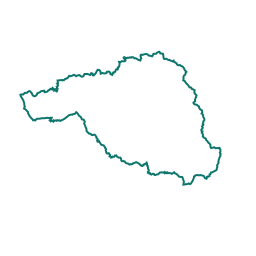 outline of Ban Ta Khun, Surat Thani, Thailand, rotated 149°
{"feature_id": "78962969B58743174421215", "entity_name": "Ban Ta Khun", "entity_type": "district", "adm_level": 2, "iso_a3": "THA", "parent_name": "Thailand", "parent_adm1": "Surat Thani", "projection": "albers", "projection_center": [98.73, 9.118], "detail": "fine", "context": "isolated", "style": "outline", "palette": "teal", "viewbox_px": 256, "rotation_deg": 149, "n_neighbors": 0, "source": "geoboundaries", "source_scale": "gbopen_adm2", "svg_char_len": 5839}
<svg xmlns="http://www.w3.org/2000/svg" viewBox="0 0 256 256"><g transform="rotate(149 128 128)"><path d="M109.7,50.9L105.4,49.2L104.6,49.3L103.8,48.0L103.0,47.9L100.0,49.3L97.4,51.2L96.5,52.3L96.0,52.1L95.8,52.4L94.5,52.7L92.6,51.9L91.8,51.0L90.1,50.3L88.0,48.2L87.7,47.7L87.9,45.4L86.9,44.1L86.3,44.4L85.5,45.5L84.9,45.5L84.2,44.9L82.8,44.9L82.0,46.2L81.0,46.1L79.8,47.1L78.6,46.6L73.8,46.4L72.9,47.2L72.6,47.8L71.4,48.6L70.9,50.1L68.1,51.7L67.7,52.8L66.6,54.0L64.3,55.9L63.1,56.5L62.7,57.7L61.9,58.1L62.0,59.5L60.8,60.4L60.0,61.7L59.9,62.6L60.3,63.3L59.9,63.9L63.3,65.5L64.0,67.1L65.3,67.3L67.1,68.1L67.0,69.4L66.1,70.9L66.1,72.8L66.7,73.8L66.7,75.8L67.1,77.0L67.1,78.3L66.8,78.8L68.1,81.2L68.2,82.3L67.7,82.8L67.0,84.5L66.9,85.4L67.2,85.9L65.9,86.7L66.5,87.6L66.2,88.6L65.6,89.0L64.5,89.1L63.7,89.9L63.8,91.2L61.8,91.9L62.0,92.8L61.1,93.3L60.1,94.9L58.8,95.2L58.0,96.1L57.8,98.2L57.5,99.5L57.0,100.4L57.0,101.3L57.5,102.5L56.2,103.2L55.6,104.8L55.9,106.0L56.4,106.5L56.7,108.2L56.5,109.0L56.1,109.5L56.2,110.4L56.8,111.2L56.9,112.3L58.9,114.2L59.0,115.9L58.7,116.1L56.6,116.4L56.1,117.6L52.5,120.6L52.4,121.1L52.9,122.2L53.0,123.6L52.6,124.6L51.4,126.1L52.6,128.0L53.2,128.6L53.0,129.9L53.9,131.0L54.3,131.2L54.4,133.9L55.2,136.9L55.1,138.7L56.1,140.5L55.0,141.5L54.6,142.7L53.1,144.1L51.7,144.2L50.3,145.2L50.1,145.7L49.1,145.9L48.9,146.3L49.4,147.6L49.5,149.1L49.2,150.3L49.6,152.7L50.5,153.7L51.1,155.3L52.4,155.7L53.0,156.4L53.3,157.5L53.0,158.4L53.5,159.1L53.6,159.8L54.5,160.8L54.2,162.3L55.7,162.3L56.1,163.1L56.9,163.8L57.5,165.1L58.4,165.6L59.7,167.8L61.4,168.4L61.5,169.4L59.8,173.4L60.3,173.8L60.5,174.4L61.9,175.2L61.8,177.1L62.7,177.5L64.3,177.6L65.7,177.2L68.0,178.4L69.7,177.3L70.5,177.0L71.9,178.6L72.8,179.3L73.4,181.0L74.0,181.9L76.2,182.9L78.0,183.2L79.1,184.1L79.6,184.0L80.3,183.1L80.7,181.0L81.5,180.8L82.2,179.8L82.7,179.5L84.2,181.3L85.4,183.8L86.7,184.5L86.8,185.4L87.1,185.9L88.5,186.9L89.2,186.7L90.0,187.6L91.2,187.7L92.1,188.5L92.9,188.5L93.9,189.2L94.6,190.6L94.9,190.7L95.3,190.7L95.7,190.3L95.5,189.1L95.0,187.7L95.4,187.1L96.6,186.9L98.9,188.5L100.4,188.3L101.6,189.2L101.8,187.9L103.7,185.4L104.2,185.1L105.5,185.2L106.3,183.7L106.9,183.5L107.7,184.3L108.3,184.3L110.0,182.8L111.6,183.2L112.3,182.4L112.9,182.8L114.2,181.7L115.3,183.4L114.7,184.7L115.4,186.3L117.2,187.0L118.0,186.2L118.6,186.2L120.6,187.2L121.5,188.3L123.4,188.6L122.5,190.7L122.6,192.0L123.0,192.8L123.8,193.3L124.1,193.5L127.7,191.5L130.3,190.7L130.9,191.2L130.4,192.9L131.2,193.9L131.7,193.9L132.5,192.9L133.2,193.0L134.8,195.1L137.3,196.6L138.1,196.5L139.1,195.5L140.3,195.4L141.1,195.7L141.8,196.7L142.4,198.4L144.9,199.2L145.8,199.1L146.6,201.1L147.3,201.6L148.7,201.5L150.8,202.1L151.5,203.0L151.8,203.0L153.7,202.0L154.6,202.1L155.2,201.9L156.4,202.5L158.3,202.0L159.0,202.6L159.6,202.5L160.0,203.2L163.9,205.0L164.9,202.8L165.5,202.6L165.1,202.3L165.8,201.7L165.9,200.8L166.4,200.3L167.2,200.2L167.4,199.8L167.8,199.9L167.8,199.5L168.1,199.3L168.3,198.8L168.2,198.0L168.6,197.9L168.4,197.7L169.6,196.4L169.8,196.5L169.9,196.1L169.9,196.3L170.2,196.2L170.3,197.1L170.8,197.3L170.8,198.0L171.1,198.0L171.0,198.3L171.3,198.3L171.1,198.5L171.4,198.5L171.2,198.8L171.3,199.5L171.7,200.0L172.0,199.7L172.0,200.4L172.5,200.1L172.5,200.6L172.8,200.3L173.0,200.6L173.7,200.7L173.7,201.2L174.4,201.6L175.5,201.1L177.0,201.3L178.2,200.7L181.0,201.6L180.7,203.2L183.5,204.3L185.5,204.1L187.8,204.5L188.3,204.2L188.7,203.6L190.2,203.2L190.8,203.1L191.9,203.4L192.5,204.3L192.7,205.1L192.8,206.3L192.5,207.4L192.8,207.9L192.8,209.4L193.6,210.5L195.2,210.6L196.5,210.2L198.4,211.3L200.5,210.7L202.3,211.8L203.1,211.9L203.5,210.7L203.5,205.7L204.3,202.3L205.1,201.0L205.4,199.5L206.5,198.8L207.1,198.2L206.3,197.0L205.5,193.2L206.1,191.9L206.2,188.7L205.8,186.0L205.3,184.6L205.4,183.5L204.0,182.9L203.7,182.3L201.7,182.8L201.0,182.7L199.4,181.7L196.1,180.4L194.2,179.2L192.0,178.4L190.8,177.2L189.1,176.7L188.1,176.1L188.5,175.7L191.1,174.7L190.7,174.2L190.8,173.5L189.2,173.2L189.0,172.6L188.3,172.6L188.3,172.2L187.6,172.7L187.3,172.0L185.6,171.6L185.4,170.9L184.2,170.9L183.7,170.1L182.7,169.9L182.3,168.9L177.9,168.6L171.8,169.3L169.9,168.8L169.0,168.1L168.1,168.2L166.8,167.6L165.9,167.6L164.3,168.2L164.2,167.7L163.8,167.3L163.6,163.7L162.9,162.1L162.8,161.0L163.1,159.3L162.8,158.8L162.2,158.6L161.7,157.7L161.7,156.3L161.8,155.6L163.2,154.6L164.2,148.3L164.8,147.5L165.1,146.6L164.9,145.9L164.8,144.9L164.3,144.0L164.3,143.3L163.2,142.4L162.8,141.7L162.8,140.8L162.3,140.3L160.3,139.7L159.9,139.2L159.6,136.6L160.2,135.8L159.7,133.9L160.0,133.5L160.9,133.2L161.1,132.0L161.0,131.7L159.6,131.6L159.6,127.9L159.2,126.9L158.6,126.5L157.7,125.4L157.8,124.2L157.5,123.2L157.9,122.5L157.6,121.3L158.6,120.4L159.3,117.7L159.0,116.8L157.7,116.5L157.3,116.0L157.5,114.8L157.2,114.2L158.4,113.2L157.9,112.6L157.9,111.4L157.2,111.0L156.1,111.6L154.9,110.5L153.8,110.7L153.4,111.1L152.9,110.7L152.1,110.5L152.2,109.6L151.8,108.2L151.2,107.4L149.8,106.5L149.8,105.1L150.4,104.0L150.4,102.8L149.1,102.1L148.9,101.6L148.1,101.2L147.8,98.9L146.1,97.2L145.5,95.8L144.5,95.8L143.7,95.0L142.7,94.9L142.0,95.2L141.5,94.9L138.6,94.5L137.2,92.4L136.4,90.4L136.4,89.5L135.5,88.1L134.8,88.1L134.5,88.5L133.9,88.1L133.2,88.6L132.4,88.2L132.1,88.5L130.7,88.3L129.9,88.6L130.1,87.5L130.8,86.3L130.6,85.6L131.0,85.2L131.1,84.2L131.8,82.8L131.7,82.5L132.0,80.9L133.0,80.1L133.3,80.1L133.2,79.6L133.6,79.4L133.3,79.2L133.6,78.7L133.2,77.9L132.3,77.8L132.4,76.7L132.1,76.1L130.3,76.0L129.9,75.7L129.4,75.1L129.5,74.1L129.1,73.7L127.4,73.4L126.0,72.8L123.6,73.4L122.8,72.9L122.1,72.8L120.9,71.6L119.3,71.5L119.6,70.2L119.1,70.2L118.4,69.6L118.2,70.0L117.2,69.9L116.8,69.3L116.8,68.7L114.7,67.3L114.0,66.1L111.3,66.3L111.1,64.9L110.0,63.5L109.3,60.1L108.6,59.3L107.0,58.3L106.7,57.9L107.7,53.3L109.7,50.9Z" fill="none" stroke="#0f766e" stroke-width="2"/></g></svg>